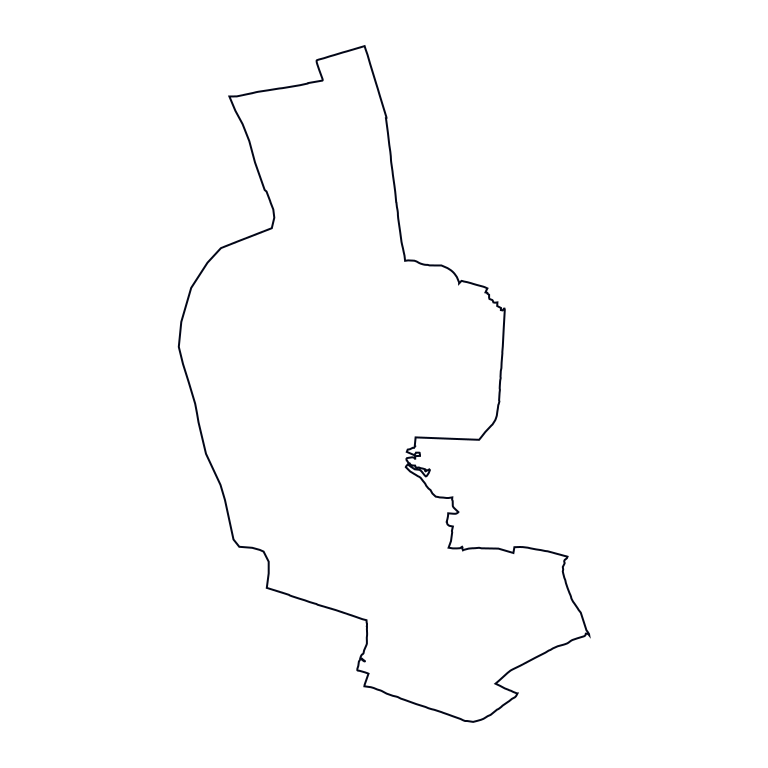 outline of Peceneaga, Tulcea, Romania
{"feature_id": "2599482B15466890128615", "entity_name": "Peceneaga", "entity_type": "district", "adm_level": 2, "iso_a3": "ROU", "parent_name": "Romania", "parent_adm1": "Tulcea", "projection": "orthographic", "projection_center": [28.191, 45.007], "detail": "fine", "context": "isolated", "style": "outline", "palette": "ink", "viewbox_px": 768, "rotation_deg": 0, "n_neighbors": 0, "source": "geoboundaries", "source_scale": "gbopen_adm2", "svg_char_len": 6043}
<svg xmlns="http://www.w3.org/2000/svg" viewBox="0 0 768 768"><path d="M266.8,587.9L284.8,593.5L289.1,594.9L289.5,595.3L291.8,596.2L299.5,598.7L304.8,600.3L309.5,602.0L315.2,603.7L316.5,604.0L317.5,604.7L335.5,610.0L354.8,616.5L362.5,619.2L366.5,620.2L366.7,622.8L367.0,623.6L367.0,625.1L366.8,626.5L367.0,626.7L366.9,629.7L367.0,630.6L367.0,631.6L367.1,633.0L367.1,634.9L366.8,637.7L366.9,641.3L366.9,643.6L366.5,644.9L364.1,650.4L363.5,653.3L363.1,653.8L362.5,654.3L361.9,654.6L361.4,655.4L360.9,656.3L360.3,658.2L362.0,658.7L363.1,659.8L364.7,660.9L364.9,661.1L364.9,661.3L364.6,661.4L364.2,661.3L363.4,660.8L361.8,659.5L360.6,658.8L358.9,661.6L358.3,665.9L357.4,668.7L357.3,670.0L357.4,670.3L357.9,670.6L359.5,670.8L362.0,671.5L365.1,672.4L367.9,673.4L368.0,673.5L368.5,673.7L364.9,684.0L364.6,684.9L364.4,686.3L370.9,687.2L373.7,688.0L377.3,689.5L380.3,690.4L381.6,690.9L386.6,693.6L392.8,695.8L396.3,696.6L397.7,697.0L400.8,698.6L404.4,699.8L416.3,704.1L425.6,707.0L428.4,708.2L431.7,709.2L434.3,709.8L441.7,712.2L442.9,712.7L447.8,714.4L452.7,716.2L460.6,719.0L463.2,720.3L465.1,721.0L467.2,721.0L473.2,721.9L477.5,720.8L481.0,719.8L483.5,718.8L486.1,717.2L487.6,716.2L490.6,714.9L494.3,711.9L497.1,709.6L498.3,709.1L499.2,708.5L501.4,706.8L502.5,705.7L508.3,701.7L509.1,701.2L511.9,698.9L514.9,697.3L516.0,696.2L516.9,694.6L517.5,693.4L517.0,693.4L513.4,692.0L510.8,690.7L509.4,690.3L508.2,689.7L504.8,688.4L500.0,685.8L495.7,683.8L495.5,683.7L499.0,680.7L507.6,672.9L510.5,670.6L512.1,669.7L513.9,668.8L520.5,665.6L535.6,657.6L545.5,652.6L548.7,650.6L550.5,649.9L552.9,648.4L555.4,647.3L557.6,646.3L563.5,644.7L565.1,644.2L567.2,643.4L568.4,642.7L570.8,640.9L572.4,640.0L573.9,639.5L577.4,638.3L584.0,636.3L585.0,635.7L585.5,635.0L585.8,633.7L586.8,633.7L587.7,633.9L588.4,634.2L589.2,635.2L589.0,634.0L587.4,631.5L586.5,630.4L580.8,612.7L578.4,609.6L578.0,608.8L576.1,606.0L574.4,603.5L573.0,601.6L571.4,598.5L571.0,596.7L570.3,594.8L569.6,593.3L567.6,588.1L565.9,583.0L565.3,580.2L564.3,577.7L563.8,575.7L563.3,573.8L562.8,571.5L563.2,569.5L562.8,567.0L563.6,565.4L564.6,563.4L564.6,562.8L564.3,562.0L564.2,561.1L564.8,559.8L565.7,559.2L566.9,558.2L567.5,556.7L547.7,551.3L545.1,551.0L540.9,550.1L536.1,549.4L530.4,548.3L527.9,547.7L522.9,547.1L520.0,547.0L514.4,547.2L513.4,553.0L498.4,548.6L481.5,548.3L479.1,547.8L474.9,548.2L472.0,548.3L468.7,548.6L463.7,549.9L463.0,550.3L462.2,548.4L462.5,547.4L462.1,546.8L460.0,548.2L456.9,548.4L452.8,548.4L448.6,547.7L451.0,541.1L452.2,532.3L451.9,531.0L452.9,526.5L449.3,525.8L447.7,524.6L447.4,524.1L447.1,523.2L447.0,521.9L446.7,521.8L447.4,519.2L447.9,516.8L448.1,515.2L448.2,513.3L452.9,513.7L455.2,513.8L456.6,513.5L458.2,512.4L458.4,512.1L455.2,509.1L453.6,507.5L452.9,506.3L452.8,505.8L452.7,501.0L452.1,499.6L452.3,497.4L448.5,498.0L446.6,498.0L444.9,497.8L443.3,497.6L439.5,497.4L438.5,497.1L435.7,496.6L432.4,493.5L430.4,489.9L429.7,489.5L428.3,488.3L426.7,486.3L426.2,485.7L425.5,484.2L424.7,483.0L423.9,482.0L423.2,481.2L420.7,477.9L419.4,476.9L417.9,476.2L415.7,474.8L413.8,473.7L411.9,472.5L410.2,471.5L405.8,467.1L406.1,466.4L407.8,464.4L410.7,466.6L414.8,469.3L419.6,469.8L421.4,471.2L424.9,475.6L425.9,476.4L426.9,475.8L428.7,473.1L429.9,470.1L429.3,469.4L425.6,471.3L425.0,470.7L425.6,469.6L425.2,469.3L422.9,468.6L420.8,468.2L418.9,467.5L417.6,467.6L417.0,467.9L416.5,467.9L416.1,467.6L415.8,467.0L415.4,466.8L415.3,466.1L415.1,465.6L412.7,465.5L410.7,464.9L409.7,463.4L409.1,463.2L408.4,462.7L407.6,461.6L407.2,460.8L406.7,460.5L406.4,459.0L406.9,458.2L408.2,457.9L412.1,457.3L414.1,457.6L414.8,458.7L415.2,458.7L415.2,457.4L415.1,456.3L415.5,456.1L420.0,455.9L420.0,454.9L419.6,452.8L419.2,452.7L416.0,452.7L415.7,453.4L414.2,455.1L406.8,451.9L407.7,449.6L410.0,449.2L412.8,447.8L414.0,447.9L415.2,446.2L414.8,445.9L415.6,437.4L457.0,439.0L479.1,439.8L481.0,437.5L485.3,432.0L491.4,425.5L492.5,424.5L493.9,422.3L495.1,420.4L495.5,419.6L496.3,417.3L496.8,415.7L497.3,411.9L497.9,408.2L498.3,405.0L498.7,404.1L499.4,401.5L499.1,400.3L499.3,397.2L499.4,395.5L499.6,392.5L499.9,390.2L499.9,389.5L499.7,388.4L499.8,386.2L500.1,381.5L500.3,379.8L500.6,378.7L500.7,377.9L500.5,376.9L500.8,371.0L501.4,368.1L501.6,362.8L502.4,353.0L502.3,352.3L502.8,346.5L503.7,328.9L504.8,309.7L504.5,308.6L504.0,308.6L502.6,310.4L500.9,310.1L501.0,308.0L497.2,306.0L497.4,302.4L495.0,302.7L493.4,302.4L492.7,300.5L492.2,300.0L489.5,299.0L489.1,297.7L489.1,294.8L487.3,293.5L487.3,292.8L485.5,292.4L486.5,290.1L487.4,288.4L484.8,287.2L483.4,286.7L476.3,284.8L472.9,283.8L471.4,283.3L467.4,282.2L463.4,281.4L462.7,281.1L461.5,280.9L459.1,283.4L459.1,282.4L456.9,277.1L454.8,274.1L453.8,272.9L452.5,271.6L450.8,270.2L447.5,268.1L441.5,265.5L429.6,265.4L427.7,264.9L425.1,264.8L423.2,264.4L420.6,263.6L419.0,262.9L416.6,261.5L414.3,260.7L408.1,260.4L405.1,260.8L404.5,255.6L403.7,252.0L403.0,248.5L402.1,244.8L401.5,241.9L401.2,239.6L400.2,232.1L398.6,221.1L398.2,218.3L397.9,214.9L397.9,213.4L397.8,212.2L397.5,210.0L396.9,206.9L396.4,202.5L396.2,202.3L395.6,195.6L395.2,191.6L394.4,185.4L392.9,174.9L392.5,171.2L391.2,162.2L391.0,160.2L390.8,156.3L390.3,151.6L389.3,145.0L387.9,132.6L386.1,119.2L385.9,118.1L386.5,117.9L386.4,117.2L379.7,95.3L377.8,88.8L376.2,83.7L370.2,64.1L367.5,54.7L365.7,49.6L364.6,46.1L346.7,51.4L343.0,52.4L334.5,55.0L329.9,56.3L324.0,58.2L318.7,59.6L317.0,60.2L316.7,60.5L316.6,61.0L316.8,62.6L317.4,64.6L319.2,69.9L322.6,79.2L322.7,80.0L322.6,80.4L322.4,80.6L308.0,83.1L307.9,83.3L307.8,83.5L300.1,85.2L285.2,87.7L282.1,88.2L279.2,88.5L268.1,90.3L258.1,91.8L256.1,92.2L253.4,92.9L236.8,96.4L229.4,96.5L235.4,110.8L242.6,124.1L249.3,141.1L255.0,162.4L264.7,190.0L266.5,191.5L270.2,201.2L270.5,202.3L273.3,209.5L274.3,217.7L271.8,228.2L238.6,241.1L221.2,248.0L220.7,248.4L207.5,262.7L191.2,287.9L181.3,321.9L178.8,346.9L183.0,364.0L188.7,382.1L195.2,403.8L197.0,413.3L198.5,422.2L206.0,453.8L220.5,484.9L225.0,500.1L233.5,539.5L239.3,546.8L252.2,547.8L259.8,549.9L263.6,551.6L268.7,561.7L268.7,573.4L266.8,587.9Z" fill="none" stroke="#020617" stroke-width="2"/></svg>